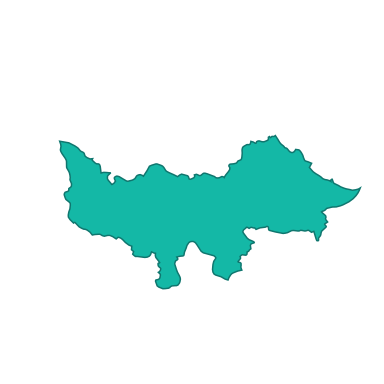 Do Luong, Nghệ An, Vietnam, rotated 304°
{"feature_id": "81297802B2130126961507", "entity_name": "Do Luong", "entity_type": "district", "adm_level": 2, "iso_a3": "VNM", "parent_name": "Vietnam", "parent_adm1": "Nghệ An", "projection": "equal_earth", "projection_center": [105.341, 18.916], "detail": "fine", "context": "isolated", "style": "filled", "palette": "teal", "viewbox_px": 384, "rotation_deg": 304, "n_neighbors": 0, "source": "geoboundaries", "source_scale": "gbopen_adm2", "svg_char_len": 6101}
<svg xmlns="http://www.w3.org/2000/svg" viewBox="0 0 384 384"><g transform="rotate(304 192 192)"><path d="M94.7,215.6L94.6,217.6L95.5,221.9L96.9,223.8L99.1,226.3L100.3,227.0L101.4,227.1L102.8,227.8L104.4,229.7L105.8,231.6L107.1,232.4L109.5,232.5L110.8,232.2L113.3,231.1L114.6,229.8L115.7,228.0L117.3,224.9L119.0,222.5L122.5,218.1L123.4,217.5L125.8,216.9L127.0,217.6L128.4,217.8L128.8,217.4L129.4,216.1L129.6,215.7L131.9,217.8L133.8,220.1L134.5,220.6L135.2,220.6L137.9,219.4L142.3,218.5L144.9,217.7L148.4,217.7L149.7,218.3L150.8,219.4L151.7,220.7L151.9,222.7L151.7,223.7L150.9,225.9L148.0,232.6L147.9,234.2L147.9,235.4L151.4,245.8L151.2,247.5L150.9,248.4L150.0,248.8L146.7,248.8L143.7,249.9L139.3,252.3L137.3,254.2L136.3,256.2L136.4,258.1L138.0,263.5L138.3,268.2L139.2,271.1L141.6,270.5L144.7,270.4L146.4,270.6L148.2,271.5L152.0,274.1L155.1,277.0L156.3,275.3L157.2,274.4L158.5,273.8L160.1,272.7L160.4,272.1L160.3,270.8L159.8,269.9L159.8,269.4L160.0,269.1L160.9,269.1L163.9,269.4L164.6,269.0L165.4,267.9L167.3,268.3L168.1,268.8L169.3,271.2L169.7,271.9L170.3,272.3L171.2,272.3L173.2,271.2L174.3,272.0L175.0,272.1L175.7,272.0L176.6,272.1L177.8,272.6L180.4,270.2L181.8,270.0L182.2,270.1L184.6,271.9L185.0,271.8L185.3,271.0L185.0,269.0L184.4,266.0L184.5,264.7L184.6,263.6L185.5,261.0L186.5,258.2L187.1,256.8L187.6,256.3L189.0,256.0L189.7,256.0L192.3,256.8L192.9,256.8L193.4,257.1L193.7,257.9L193.8,259.7L195.5,260.5L196.0,261.1L196.6,263.1L197.3,264.0L196.8,266.0L200.2,268.3L203.8,272.4L205.3,273.3L205.7,274.0L205.7,274.4L205.6,274.8L205.3,275.2L203.7,276.6L203.5,277.0L203.5,277.7L205.5,283.4L208.6,290.7L210.3,292.6L211.7,293.9L215.7,296.2L216.9,297.7L218.8,301.4L219.6,302.6L221.0,303.5L221.6,304.6L222.8,307.4L223.5,308.2L225.2,309.6L225.5,310.6L225.4,313.6L227.5,315.0L222.5,321.1L221.5,322.6L221.6,323.1L222.4,324.0L223.0,323.8L224.1,323.0L224.8,322.7L227.6,322.9L228.7,322.6L230.5,321.8L232.1,321.4L237.6,322.7L238.3,322.7L238.7,322.2L239.2,320.3L239.5,320.0L240.2,320.0L241.6,320.7L243.0,321.2L243.8,318.6L244.7,317.5L245.9,317.2L246.9,316.3L247.2,315.2L247.6,312.0L247.9,310.5L248.9,310.8L249.9,311.7L251.6,312.5L253.7,312.8L257.9,316.6L260.3,319.9L263.6,322.8L265.9,324.4L271.7,327.6L276.5,329.3L280.6,330.0L283.8,330.1L286.6,329.8L289.4,329.2L287.6,328.4L285.3,326.4L283.1,323.9L282.4,321.8L280.8,318.0L280.1,315.6L279.4,312.3L279.3,309.8L278.6,305.2L278.8,304.0L281.0,301.1L280.8,300.8L280.2,300.9L279.3,300.2L279.0,300.3L278.4,301.1L278.3,300.0L277.7,297.6L276.6,295.1L276.2,293.0L276.6,290.3L276.6,287.7L276.4,284.5L276.5,281.2L277.0,279.1L278.0,275.6L282.7,275.1L281.9,271.2L281.4,269.6L281.1,268.5L281.3,267.6L282.7,265.4L284.4,263.3L285.5,261.2L286.3,259.3L286.7,257.6L286.6,256.9L285.7,255.0L285.2,254.1L284.5,254.3L283.3,254.2L282.1,254.0L281.3,253.6L280.6,252.8L280.2,251.8L280.1,251.1L280.2,249.8L281.1,246.8L281.2,245.9L280.7,244.5L280.7,243.8L281.1,243.0L281.3,242.1L281.5,239.2L282.1,237.0L283.7,233.6L285.4,229.5L284.1,229.1L283.7,228.7L283.3,227.9L282.8,227.2L281.2,226.8L280.9,226.5L281.3,225.2L280.1,224.7L278.5,225.8L277.5,225.9L276.5,225.4L274.0,223.7L273.3,222.8L272.7,221.6L272.0,219.3L271.2,218.2L270.0,217.5L269.4,217.5L268.6,217.8L268.3,217.7L267.8,217.2L267.7,214.9L266.9,212.5L265.9,213.0L264.3,213.4L263.5,213.1L262.9,212.5L262.5,211.7L261.8,210.9L259.0,209.5L257.9,209.1L256.6,209.2L254.8,210.0L252.3,211.9L248.9,213.8L247.2,214.5L246.0,214.5L244.2,213.3L243.1,212.7L241.7,212.8L240.7,212.6L238.6,210.7L236.4,208.0L235.7,207.7L234.8,207.7L234.1,208.1L233.2,209.9L231.6,210.7L229.4,210.8L224.5,210.4L222.0,210.6L222.2,210.1L221.9,208.8L221.4,208.0L219.0,206.6L218.1,205.6L217.6,204.8L217.2,203.8L217.4,202.1L215.6,194.5L214.9,192.4L214.3,191.4L213.6,190.9L210.9,190.1L210.0,189.4L209.6,188.4L209.5,187.1L209.1,185.7L207.5,184.4L206.7,185.4L205.8,185.6L204.9,185.6L202.7,184.3L201.6,183.5L201.2,182.4L202.8,180.3L203.0,179.2L201.0,173.4L199.2,172.3L196.7,171.5L196.1,167.1L195.2,162.1L194.9,159.2L195.2,158.0L196.6,154.9L197.0,153.1L196.8,151.5L195.7,147.3L194.9,146.2L191.5,143.5L189.6,142.3L184.6,142.8L177.9,142.9L178.0,141.7L177.5,139.5L176.7,138.5L175.2,137.4L174.2,137.1L171.1,137.2L168.6,136.0L165.1,132.9L164.5,131.6L164.3,128.6L164.0,123.0L163.5,121.5L163.0,120.6L161.9,119.9L161.0,119.6L160.5,119.6L159.6,120.2L158.2,122.5L157.6,122.4L155.9,122.5L154.3,121.8L153.9,121.8L153.3,121.2L153.8,120.0L154.9,116.1L155.5,114.7L156.2,114.1L157.7,113.2L158.5,113.0L162.0,113.8L162.2,113.6L160.0,109.6L158.6,107.5L156.9,106.0L157.2,105.7L161.8,101.7L162.8,100.4L163.1,99.4L163.0,98.8L162.0,97.1L161.9,96.1L161.9,95.4L162.5,91.8L162.8,91.2L164.1,91.0L162.4,89.0L162.3,88.5L161.8,85.8L161.8,84.9L162.1,83.0L163.5,81.3L163.9,80.6L164.0,79.4L163.6,76.9L163.8,75.9L164.6,73.2L164.7,72.5L164.7,69.0L163.9,62.4L160.1,53.9L158.1,56.5L156.5,57.9L153.4,59.3L152.8,59.9L152.1,60.9L151.0,63.1L149.1,68.0L148.1,69.9L147.1,70.9L142.4,74.2L141.8,75.0L140.3,78.1L139.4,79.6L137.4,81.7L135.7,83.1L134.2,83.8L133.6,84.4L131.5,87.5L129.5,88.7L129.1,88.8L127.7,88.6L126.6,88.1L125.8,88.0L125.0,88.6L124.0,89.0L123.1,88.7L120.9,87.0L119.8,87.0L118.7,87.3L118.0,87.9L116.5,89.8L115.5,91.3L115.3,91.9L115.0,95.7L114.7,96.9L114.4,97.5L113.0,98.5L109.8,100.2L106.4,101.1L103.7,102.3L102.1,103.5L101.6,104.6L100.9,106.4L100.0,111.2L101.0,111.5L101.3,112.1L100.0,117.9L100.2,120.6L100.6,122.9L101.3,124.2L101.7,125.4L101.8,127.0L101.7,129.8L100.6,133.4L102.4,135.2L105.3,138.9L105.6,139.9L105.7,142.1L106.3,144.0L108.9,146.4L110.1,148.2L110.7,151.3L110.7,155.4L111.7,155.7L112.7,155.8L113.4,156.5L113.9,158.4L113.8,160.9L112.9,165.0L112.7,169.3L113.4,172.4L110.3,174.1L110.0,176.9L107.3,177.6L107.0,179.3L106.9,181.1L108.1,182.9L111.4,189.5L113.1,191.4L115.0,192.5L116.8,192.7L119.7,191.9L120.2,194.8L120.8,196.0L119.1,196.9L117.9,198.1L117.4,198.9L116.1,202.9L115.4,204.7L115.0,204.7L114.2,203.9L113.6,203.9L112.9,204.4L111.9,205.3L111.4,207.0L111.4,208.1L111.1,208.8L110.3,209.3L109.2,209.6L107.6,209.5L106.6,209.0L106.1,211.6L105.6,212.2L102.9,213.4L101.8,213.4L100.7,213.0L99.6,212.0L98.9,211.3L98.4,211.3L97.6,211.7L94.7,215.6Z" fill="#14b8a6" stroke="#0f766e" stroke-width="1.5"/></g></svg>